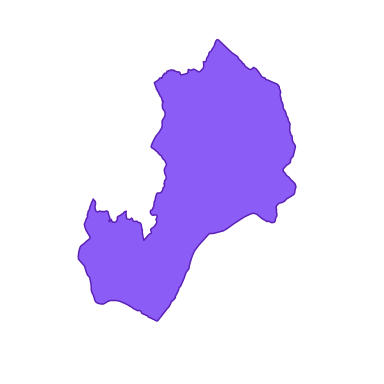 outline of Khong, Champasak, Laos, rotated 211°
{"feature_id": "54806243B24917082255411", "entity_name": "Khong", "entity_type": "district", "adm_level": 2, "iso_a3": "LAO", "parent_name": "Laos", "parent_adm1": "Champasak", "projection": "natural_earth1", "projection_center": [106.019, 14.226], "detail": "fine", "context": "isolated", "style": "filled", "palette": "violet", "viewbox_px": 384, "rotation_deg": 211, "n_neighbors": 0, "source": "geoboundaries", "source_scale": "gbopen_adm2", "svg_char_len": 6098}
<svg xmlns="http://www.w3.org/2000/svg" viewBox="0 0 384 384"><g transform="rotate(211 192 192)"><path d="M273.0,134.9L272.7,133.2L272.7,131.1L272.2,129.6L271.8,126.9L270.9,123.8L271.0,121.6L270.5,120.9L269.9,118.3L269.1,117.5L268.7,116.8L268.8,114.4L268.4,113.1L267.7,108.9L265.5,106.6L263.2,104.7L257.2,101.5L256.4,101.0L255.8,100.0L255.7,99.8L256.1,97.7L256.5,97.0L257.0,95.6L257.9,92.2L258.4,91.2L259.5,88.3L259.4,86.7L258.7,83.9L258.0,81.9L256.2,78.0L254.8,76.1L254.4,75.8L245.9,73.1L242.7,70.1L239.7,67.6L238.4,66.9L235.6,66.0L230.7,60.5L227.7,55.9L227.0,55.2L225.6,54.0L223.2,52.6L219.9,49.5L218.2,48.4L217.3,48.1L215.7,48.1L213.4,48.7L210.8,49.9L210.2,50.5L209.0,52.4L208.0,54.6L206.1,56.9L201.2,59.9L198.1,61.1L192.0,61.9L189.1,62.2L187.4,62.2L186.5,62.0L185.5,62.3L184.7,62.3L183.4,62.0L182.0,62.0L178.1,62.2L177.2,62.4L176.4,63.2L174.9,63.5L174.2,63.4L173.1,62.5L172.2,62.2L171.3,62.2L169.7,62.6L168.0,62.6L166.8,63.0L166.3,63.0L165.1,62.3L163.7,62.6L163.0,62.5L162.2,62.8L160.4,62.8L159.6,63.0L156.2,63.2L155.1,63.9L153.2,79.0L152.7,81.3L152.6,83.2L153.2,87.6L153.1,88.0L152.6,88.6L151.7,92.7L152.3,93.4L152.5,94.3L152.8,99.5L153.3,102.1L153.9,103.3L153.4,104.6L153.3,106.0L154.3,113.6L155.3,118.2L155.6,120.3L155.1,124.7L156.4,127.7L158.1,133.9L159.1,138.8L159.5,143.1L158.8,149.9L155.8,165.2L152.3,167.5L145.0,175.0L143.1,178.6L139.5,187.0L134.1,197.9L131.1,202.4L129.5,204.5L127.3,205.9L125.1,206.3L117.7,205.2L115.2,205.4L113.0,205.2L111.0,206.4L108.0,206.7L107.4,207.1L106.0,208.3L105.8,210.1L106.8,212.5L107.0,215.3L108.1,217.1L110.0,219.2L110.4,220.5L111.2,221.3L112.2,222.1L112.1,222.3L112.1,223.0L112.3,223.4L112.4,224.1L111.7,227.0L109.1,229.8L108.5,230.7L108.3,231.3L107.8,232.1L107.5,234.1L107.1,235.3L105.2,238.7L103.5,242.2L103.5,243.9L105.1,247.8L105.3,249.4L106.0,250.5L107.1,251.2L107.2,251.6L108.6,252.4L114.0,253.6L116.5,254.6L117.2,254.6L119.7,254.9L122.6,256.4L123.4,256.4L124.4,256.8L124.8,257.2L125.5,258.6L125.7,259.0L125.5,259.8L124.7,263.5L123.5,266.1L123.0,267.8L123.3,268.9L124.0,270.3L124.3,271.4L124.4,271.9L123.8,274.1L123.8,275.0L126.0,282.2L126.6,283.9L127.1,284.6L128.3,285.5L130.6,286.5L131.9,287.4L132.4,287.8L134.6,290.9L135.3,291.6L136.5,291.9L138.9,294.1L139.5,294.4L141.5,297.8L143.1,301.0L145.6,302.5L146.6,303.3L147.4,304.3L148.5,305.2L150.6,306.3L152.3,308.2L153.3,309.0L154.4,309.6L155.4,310.0L157.3,311.1L158.2,312.8L159.0,313.7L160.8,315.3L162.7,316.3L163.6,317.8L166.3,320.3L166.9,321.5L167.2,322.8L168.0,323.9L168.9,324.7L170.0,325.3L171.7,327.4L173.9,328.2L175.1,328.3L181.0,327.4L183.2,327.3L186.1,326.6L186.9,326.7L188.5,327.4L190.0,326.8L191.3,326.7L198.3,329.9L200.6,330.6L202.8,330.6L203.4,330.5L203.9,329.1L203.9,328.5L204.3,327.8L204.8,327.2L205.7,326.9L207.1,326.8L210.6,327.1L211.9,327.5L213.5,328.5L215.1,328.3L215.8,329.1L220.3,330.1L222.3,331.4L223.5,331.6L229.3,331.9L232.7,332.6L244.0,335.2L247.5,335.9L248.2,335.9L249.0,335.4L249.3,334.3L249.2,333.0L249.0,331.8L248.2,328.7L248.1,327.8L248.4,325.1L248.1,323.3L248.2,322.6L249.1,320.8L249.0,319.8L248.3,318.0L248.3,314.6L248.0,313.3L247.5,312.0L247.4,311.2L247.6,310.6L248.8,310.0L249.2,309.5L249.1,309.0L248.1,308.1L246.8,305.8L246.1,304.1L246.8,300.8L247.5,298.9L248.3,298.4L252.5,298.4L253.8,298.1L254.6,297.4L255.3,296.0L255.7,295.6L257.8,295.4L258.2,294.9L257.4,293.1L257.0,291.8L257.1,291.4L257.7,290.6L261.2,287.1L261.7,286.9L262.3,286.9L264.1,288.2L264.8,288.3L265.4,287.9L266.6,287.4L268.6,286.8L268.9,287.0L270.1,286.7L270.2,287.1L270.4,287.1L270.7,286.7L271.0,286.4L271.6,286.4L272.5,286.1L273.3,285.4L273.5,284.5L274.5,284.1L274.6,283.6L275.1,283.2L275.6,282.5L275.2,280.9L275.5,280.3L276.4,279.8L276.6,279.5L276.7,278.0L277.0,277.3L276.6,275.6L276.9,274.7L276.6,273.9L278.0,273.4L278.5,272.8L278.5,272.4L278.2,272.0L278.3,271.3L279.6,268.3L280.5,266.8L280.5,266.2L279.7,265.5L279.0,265.2L278.3,264.3L277.8,264.0L277.5,263.6L276.1,262.7L275.5,261.8L274.6,261.8L273.7,260.8L272.9,260.9L272.5,260.3L271.3,259.9L270.8,259.0L269.7,258.6L268.3,257.6L266.8,257.2L265.7,256.0L264.1,255.1L264.1,254.9L264.4,254.7L264.2,254.4L263.0,254.3L263.1,253.7L263.0,253.4L262.9,252.4L262.1,251.0L260.6,248.9L259.5,248.1L257.3,247.2L256.3,246.4L254.8,244.3L254.4,243.3L254.3,241.8L254.3,237.8L253.9,236.7L252.4,234.7L251.3,232.4L251.0,231.0L251.0,225.7L251.5,223.1L251.7,220.5L251.6,218.1L251.1,212.6L250.5,210.1L250.3,209.7L249.6,209.2L246.2,209.2L244.6,208.7L243.8,208.8L242.7,208.6L239.3,207.4L236.8,207.2L234.3,205.5L231.7,205.0L228.3,202.7L227.9,202.1L227.4,197.2L227.0,196.5L225.0,194.0L222.5,192.3L221.1,190.4L221.0,189.7L221.2,187.9L220.9,186.4L220.3,185.9L220.2,185.1L220.3,184.5L219.1,183.8L218.7,183.4L218.5,182.8L218.9,181.3L218.9,180.4L218.2,178.5L218.1,177.6L218.5,175.3L219.0,174.7L221.1,173.3L221.4,172.2L220.8,170.1L220.6,168.9L219.6,166.5L219.2,163.9L217.5,160.3L217.3,159.0L217.0,156.4L217.9,154.8L217.8,154.2L217.5,153.5L216.6,152.5L215.3,151.9L214.4,151.7L213.3,152.0L212.8,152.3L212.0,153.4L211.0,153.8L210.6,153.8L209.7,153.4L209.0,152.5L208.8,150.2L208.7,149.7L207.8,149.4L207.3,148.9L206.6,147.6L206.3,146.1L206.6,143.2L207.0,141.6L208.0,139.8L208.1,138.4L205.8,136.2L205.8,135.7L206.1,135.0L206.5,134.5L207.1,133.2L207.8,129.2L208.2,126.3L208.5,125.9L208.8,126.0L209.5,127.0L211.3,128.7L212.0,129.7L213.7,131.6L214.9,133.8L216.8,135.5L218.8,137.9L220.1,138.7L220.8,138.8L221.7,138.6L221.9,138.3L222.9,138.2L224.1,138.6L225.1,138.0L226.6,136.8L227.4,136.8L229.2,138.2L230.3,138.5L230.5,138.2L230.6,136.8L231.1,136.4L231.9,136.3L233.1,135.6L234.4,135.6L236.7,138.4L238.1,140.6L238.3,141.5L238.6,141.6L239.8,140.0L240.1,137.8L240.8,136.8L241.2,135.4L243.0,132.7L242.9,131.8L241.7,129.5L241.7,127.9L242.5,126.3L243.2,125.9L244.2,125.7L244.4,125.3L245.2,125.3L246.4,126.4L246.9,126.7L247.5,124.1L247.9,124.0L248.4,125.0L248.6,126.6L248.9,127.5L250.3,128.3L253.0,131.0L254.2,132.0L255.3,131.8L256.2,131.1L257.2,129.7L258.2,129.5L259.5,128.6L260.6,128.4L261.6,127.9L262.3,126.7L263.3,126.0L264.5,126.2L266.4,127.9L267.2,128.9L267.9,130.0L268.2,131.2L268.8,132.6L269.6,133.6L270.6,134.3L273.0,134.9Z" fill="#8b5cf6" stroke="#5b21b6" stroke-width="1.5"/></g></svg>